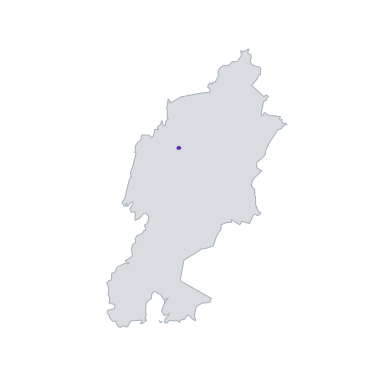 where Astana sits in Kazakhstan, rotated 296°
{"feature_id": "KAZ-4830", "entity_name": "Astana", "entity_type": "City", "adm_level": 1, "iso_a3": "KAZ", "parent_name": "Kazakhstan", "parent_adm1": "", "projection": "natural_earth1", "projection_center": [71.419, 51.14], "detail": "fine", "context": "in_parent", "style": "filled", "palette": "violet", "viewbox_px": 384, "rotation_deg": 296, "n_neighbors": 0, "source": "natural_earth", "source_scale": "10m", "svg_char_len": 3980}
<svg xmlns="http://www.w3.org/2000/svg" viewBox="0 0 384 384"><g transform="rotate(296 192 192)"><path d="M222.1,247.0L220.3,247.8L219.2,249.1L217.9,248.7L215.4,251.2L208.0,255.1L203.5,260.5L203.4,263.0L202.2,263.0L199.3,261.1L199.8,259.0L198.5,257.3L188.9,257.5L187.4,249.5L183.5,249.4L184.5,239.7L182.1,240.8L179.8,236.6L175.4,232.6L171.7,234.2L162.2,233.5L152.7,234.8L146.5,228.2L145.5,226.0L127.1,214.7L107.0,220.1L104.9,256.1L100.6,256.4L96.5,249.8L91.0,246.1L82.6,248.0L77.9,251.6L77.9,248.4L79.4,245.2L79.4,242.0L74.1,240.9L72.1,238.1L69.6,237.9L69.9,234.9L68.3,232.3L66.8,228.0L63.1,226.7L62.6,225.3L63.0,224.2L63.9,223.7L67.4,223.7L69.7,224.9L72.6,224.7L70.8,223.8L68.8,220.8L72.2,216.6L80.0,216.1L85.9,216.8L82.8,214.5L86.0,208.5L85.7,205.7L86.7,203.9L86.0,202.0L85.0,201.1L81.7,200.7L78.9,202.3L75.1,200.4L71.9,199.6L65.9,201.8L61.6,204.6L57.4,205.3L57.4,206.4L56.9,206.1L56.2,206.6L56.4,207.1L51.8,204.9L51.1,204.0L51.3,203.2L54.0,203.5L54.7,202.8L49.5,193.8L44.4,192.9L42.9,193.5L41.7,191.5L41.7,188.8L38.9,187.0L38.7,185.5L39.6,183.2L42.4,179.9L41.0,177.9L41.3,176.6L42.9,173.2L45.0,171.8L45.9,169.2L47.3,168.0L48.8,168.2L53.0,173.2L53.7,173.4L56.2,172.5L56.9,171.7L55.9,165.9L57.3,166.1L61.3,163.7L62.9,161.5L65.3,161.0L69.1,159.2L73.1,155.3L75.8,156.1L77.0,157.7L78.9,157.7L83.6,155.5L86.0,157.7L91.7,157.7L97.3,161.9L99.2,164.4L99.4,166.2L100.0,166.7L100.8,165.5L100.3,162.8L101.0,162.2L106.1,165.4L108.5,166.2L111.3,165.0L112.1,163.7L114.8,162.1L115.7,162.4L118.7,161.6L121.8,163.3L123.4,163.0L124.9,161.4L128.7,161.7L132.4,165.2L136.6,165.9L137.0,167.1L139.3,166.2L141.2,163.7L143.9,165.3L147.7,165.2L151.1,163.6L152.8,160.1L152.6,159.2L151.2,158.1L144.6,156.1L144.1,154.9L141.6,153.4L144.6,151.6L146.4,151.3L148.9,149.6L147.4,146.4L149.6,143.6L156.4,143.9L157.2,143.3L156.8,142.3L154.2,141.2L150.9,140.6L150.6,140.2L151.2,139.1L153.4,138.4L153.0,137.9L151.4,138.2L149.4,137.5L151.5,133.8L156.5,134.4L175.1,130.3L178.5,130.2L179.7,130.8L180.8,129.1L182.6,128.1L188.0,127.7L202.1,124.8L202.8,124.1L202.5,123.1L204.8,122.7L208.1,121.0L211.8,121.3L216.8,123.1L220.8,121.8L222.1,123.4L224.1,128.3L223.8,130.5L223.1,131.5L223.4,132.0L225.2,132.5L230.0,132.0L231.3,130.9L232.8,132.8L233.3,134.5L234.3,134.0L234.1,133.1L234.5,132.7L236.7,132.9L239.0,134.3L242.5,133.5L242.3,134.6L239.5,136.7L239.4,137.7L240.3,139.1L243.6,137.5L246.2,137.9L247.2,138.7L247.9,137.2L250.7,135.6L253.5,134.9L254.6,134.2L255.1,133.1L265.2,129.8L263.9,132.6L262.2,132.5L262.7,133.7L273.0,140.8L285.4,157.6L289.5,164.4L292.7,162.8L292.8,160.5L294.9,159.5L297.9,160.4L297.5,162.6L299.9,162.7L300.6,164.7L308.2,164.9L310.1,163.3L314.5,162.3L319.0,164.4L322.1,169.5L327.2,171.2L327.4,172.8L329.3,175.5L336.5,176.6L340.0,173.9L340.5,174.7L339.8,176.0L341.2,176.7L342.8,178.6L344.6,179.3L345.3,180.6L341.5,180.9L341.0,182.0L341.1,184.3L339.9,185.9L334.0,187.3L332.5,191.8L333.9,198.2L332.7,200.0L330.8,200.3L327.6,202.3L326.6,200.9L321.6,200.9L314.0,198.9L309.3,214.3L309.4,215.0L311.6,215.9L311.8,217.2L311.1,218.9L309.1,217.9L306.6,218.5L304.6,216.7L292.2,220.0L290.8,221.2L291.8,222.1L293.8,221.9L295.5,222.9L294.6,224.4L294.8,228.9L297.3,234.1L297.5,236.6L298.4,238.0L298.2,238.6L297.1,238.4L295.4,239.2L295.4,239.9L296.6,240.9L294.1,242.2L293.8,243.3L294.7,247.1L294.3,247.6L292.0,245.4L288.1,244.7L285.7,241.8L269.0,239.9L260.1,240.2L258.5,241.4L256.4,241.2L252.2,239.8L247.4,237.3L245.4,237.7L242.4,239.6L241.3,243.6L241.9,245.4L232.4,242.0L228.4,241.4L224.5,242.2L221.7,246.1L222.1,247.0ZM62.4,221.5L61.7,221.7L61.0,220.7L61.3,219.6L62.0,219.3L61.3,220.6L62.4,221.5ZM82.0,216.1L81.4,215.9L81.1,215.5L81.9,215.0L82.0,216.1Z" fill="#d9dde1" stroke="#a8b0b8" stroke-width="1"/><path d="M225.5,159.4L225.8,159.4L226.4,159.8L226.7,160.2L227.0,160.3L227.2,160.7L227.1,161.3L226.9,161.9L226.6,162.3L226.1,162.5L225.8,162.3L225.5,161.9L225.2,161.5L224.8,161.2L224.5,160.8L224.5,160.4L224.5,160.0L224.7,159.7L225.0,159.5L225.5,159.4Z" fill="#8b5cf6" stroke="#5b21b6" stroke-width="1.5"/></g></svg>